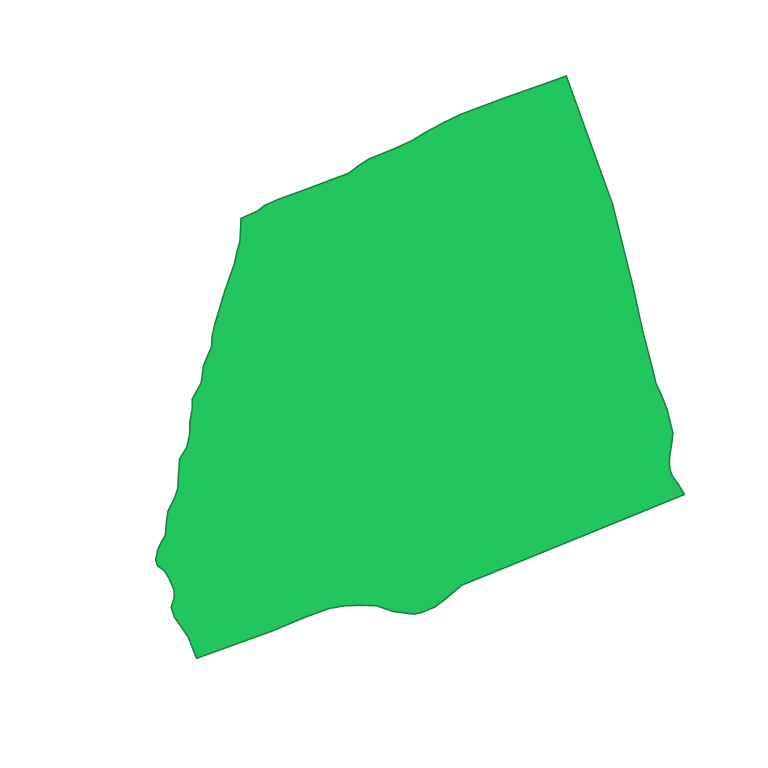 Ntem, Wouleu-Ntem, Gabon, rotated 160°
{"feature_id": "22940354B82512793469031", "entity_name": "Ntem", "entity_type": "district", "adm_level": 2, "iso_a3": "GAB", "parent_name": "Gabon", "parent_adm1": "Wouleu-Ntem", "projection": "mercator", "projection_center": [11.684, 2.068], "detail": "fine", "context": "isolated", "style": "filled", "palette": "green", "viewbox_px": 768, "rotation_deg": 160, "n_neighbors": 0, "source": "geoboundaries", "source_scale": "gbopen_adm2", "svg_char_len": 1203}
<svg xmlns="http://www.w3.org/2000/svg" viewBox="0 0 768 768"><g transform="rotate(160 384 384)"><path d="M654.0,190.3L574.1,190.1L537.4,191.8L512.3,191.8L496.8,189.0L482.5,184.3L467.0,178.2L452.7,166.7L434.8,157.6L426.9,156.3L412.5,157.0L399.1,161.2L379.8,168.3L139.5,177.4L141.5,188.3L144.4,198.5L144.6,205.7L142.4,213.5L139.8,219.2L133.1,231.3L129.3,239.0L126.6,263.0L127.1,279.8L128.2,291.1L126.5,305.7L122.8,345.0L116.9,388.1L107.7,474.3L107.3,611.2L130.9,611.2L172.9,611.7L219.2,611.2L237.0,609.5L259.1,606.3L274.7,603.1L296.3,601.5L321.4,600.6L333.2,597.9L345.2,594.1L361.1,594.1L385.2,593.7L410.4,593.7L420.1,593.7L434.9,592.7L443.5,589.9L461.7,588.5L461.8,588.5L465.6,579.2L470.7,567.2L476.3,559.6L483.5,548.2L501.1,526.8L511.1,513.4L523.2,497.2L529.7,486.8L533.2,478.2L540.0,471.0L547.6,462.7L552.1,453.7L555.6,447.5L562.8,441.3L569.4,435.4L572.8,426.1L579.4,414.8L583.8,403.4L590.7,392.3L601.8,383.4L607.3,371.0L613.5,356.5L619.7,348.6L630.7,338.2L635.9,328.2L641.4,316.5L647.3,311.7L653.5,305.4L658.7,296.8L659.0,290.3L654.5,284.1L652.5,275.1L651.8,262.0L654.2,255.1L660.4,246.8L660.7,236.1L658.0,226.8L654.5,213.0L654.0,190.3Z" fill="#22c55e" stroke="#15803d" stroke-width="1.5"/></g></svg>